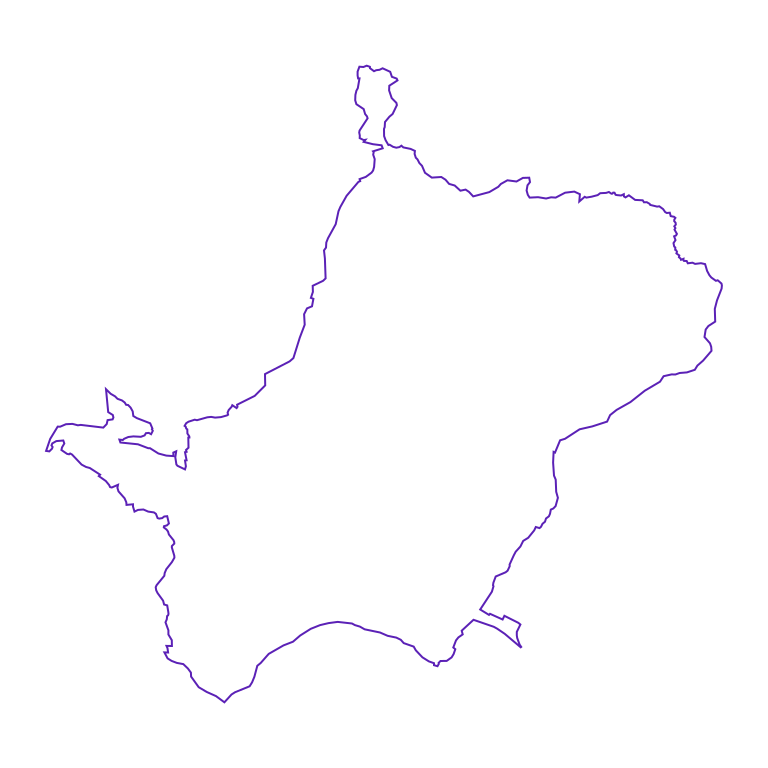 outline of Salva, Bistrita-Nasaud, Romania
{"feature_id": "2599482B98340268972842", "entity_name": "Salva", "entity_type": "district", "adm_level": 2, "iso_a3": "ROU", "parent_name": "Romania", "parent_adm1": "Bistrita-Nasaud", "projection": "equal_earth", "projection_center": [24.357, 47.327], "detail": "fine", "context": "isolated", "style": "outline", "palette": "violet", "viewbox_px": 768, "rotation_deg": 0, "n_neighbors": 0, "source": "geoboundaries", "source_scale": "gbopen_adm2", "svg_char_len": 6078}
<svg xmlns="http://www.w3.org/2000/svg" viewBox="0 0 768 768"><path d="M438.8,663.9L438.6,662.9L440.5,661.0L446.7,660.9L451.6,657.4L453.6,654.1L455.3,649.2L453.3,647.5L456.0,640.4L458.4,637.4L462.7,634.4L461.7,630.7L473.5,619.8L493.8,626.8L497.2,628.7L504.7,633.8L520.7,647.3L521.2,646.9L519.6,644.6L517.2,638.0L516.8,635.4L516.8,631.9L520.4,624.5L518.3,622.8L504.4,615.8L502.6,619.5L490.0,613.8L489.0,614.9L480.2,609.5L491.9,591.7L493.5,586.2L493.0,585.3L493.4,582.7L495.7,576.5L505.6,572.3L507.6,570.7L509.7,566.2L509.6,564.5L513.8,555.3L515.7,551.7L520.4,546.5L523.2,540.9L528.2,537.8L534.2,530.4L535.8,527.0L539.5,528.1L541.0,526.8L542.5,523.8L545.0,521.7L546.0,518.5L548.9,516.3L550.0,513.8L550.8,509.6L553.3,508.5L555.6,506.1L557.9,497.8L556.2,491.8L555.7,479.6L554.0,475.6L553.1,462.6L553.6,451.9L555.0,452.6L560.1,440.3L565.0,438.8L579.6,429.3L592.3,426.4L607.1,421.6L610.1,415.1L616.6,409.9L630.4,402.1L644.8,390.7L660.0,381.7L663.6,376.2L671.6,374.4L675.4,374.5L679.6,373.0L686.9,372.4L694.8,369.8L697.4,365.6L703.1,360.6L711.5,350.8L711.2,346.8L710.0,343.3L704.5,337.0L705.7,329.5L708.4,326.0L715.2,321.6L714.8,308.9L717.0,300.4L721.6,288.6L721.9,285.5L721.5,283.6L718.7,281.1L717.7,280.3L715.9,280.8L711.3,277.5L709.4,275.2L707.1,270.9L705.1,264.1L701.0,263.2L695.1,263.9L692.5,262.7L687.8,263.3L686.7,261.0L683.9,260.9L683.4,260.2L683.5,258.8L681.0,259.8L680.5,258.5L678.9,257.2L679.3,255.5L676.4,253.4L677.0,251.8L676.1,250.2L675.2,249.8L675.3,247.5L674.2,246.5L673.5,243.1L675.5,240.1L674.1,236.3L676.1,235.4L676.9,233.9L674.5,229.6L675.4,228.1L674.3,226.3L675.8,224.6L675.6,222.8L674.2,221.1L674.3,219.6L675.4,217.9L674.1,216.8L670.7,216.1L669.8,212.7L666.8,213.0L665.2,212.1L663.1,209.1L659.3,206.3L657.1,206.6L650.2,204.9L649.7,203.9L646.8,202.2L644.0,202.3L642.7,200.3L635.1,199.9L628.9,195.3L625.5,197.4L623.9,196.4L623.8,194.2L621.1,195.5L617.0,195.1L615.6,194.8L614.5,192.7L613.2,192.6L612.4,193.6L611.4,193.7L608.9,192.0L606.1,192.9L600.2,193.2L597.7,195.1L591.6,196.7L586.3,197.6L584.7,196.8L579.3,201.5L579.9,194.2L574.3,191.6L565.1,192.7L555.7,197.6L551.1,197.3L546.1,198.5L538.1,197.2L529.6,197.6L527.8,194.8L526.6,190.5L527.5,185.3L530.0,182.1L529.2,177.7L522.9,177.9L516.5,181.5L507.4,180.3L500.8,184.0L498.3,186.8L489.3,192.1L473.2,196.4L469.0,191.9L465.6,189.6L460.4,190.7L454.7,185.5L449.1,183.9L445.5,179.7L441.3,177.0L431.8,177.6L425.0,172.8L422.0,165.8L419.4,163.1L417.5,159.4L415.8,157.7L414.6,153.9L414.9,150.9L410.6,148.9L403.3,147.4L401.4,145.7L399.4,147.1L396.3,147.7L393.0,146.8L389.6,144.7L388.4,145.0L385.6,140.2L384.1,136.1L384.0,128.9L384.7,127.1L385.0,122.0L389.4,116.7L392.6,114.0L396.9,105.1L396.4,102.9L391.7,98.1L389.1,90.4L389.3,85.7L397.5,80.4L396.7,78.6L391.9,76.8L390.2,71.8L382.6,68.3L379.5,69.8L376.2,70.2L374.0,71.2L370.0,68.2L369.9,66.8L366.7,65.7L363.4,67.0L359.4,66.7L357.6,71.6L357.6,75.5L358.1,78.4L359.5,78.4L357.8,88.2L356.4,90.7L355.4,94.9L355.2,100.3L356.4,104.2L363.7,109.1L365.1,114.0L367.0,116.4L367.6,118.3L359.6,130.5L359.2,132.5L359.8,135.5L359.7,138.1L363.7,140.1L365.4,139.8L363.7,141.9L372.9,144.2L381.6,145.3L382.7,148.3L373.1,151.3L373.7,152.0L373.2,154.7L374.7,159.1L374.1,166.9L373.1,170.5L371.6,172.6L365.8,176.9L359.6,179.1L360.2,181.1L358.4,181.9L346.6,195.8L340.3,207.0L338.5,211.2L335.7,224.2L328.0,238.2L326.3,242.5L326.0,247.6L324.0,250.4L324.9,258.5L325.6,278.4L323.1,280.8L312.7,285.8L312.9,291.9L310.9,297.9L313.4,298.8L312.0,306.3L307.0,308.4L304.1,314.2L304.7,324.7L299.8,337.6L293.4,358.1L289.6,361.4L265.0,374.1L265.2,385.4L254.7,395.9L237.1,404.7L237.5,406.8L236.6,408.1L232.3,405.2L231.6,406.8L228.7,410.0L227.6,412.6L228.1,414.7L227.0,415.4L221.0,417.1L215.1,417.6L211.2,416.9L207.3,417.3L197.0,420.2L194.7,419.7L188.5,421.7L186.2,423.2L184.6,425.9L185.7,426.7L186.2,428.5L187.3,429.4L187.4,433.5L189.3,436.4L189.4,437.5L188.3,437.6L188.5,447.7L186.0,450.0L186.6,451.8L185.0,452.2L186.6,460.3L185.0,460.5L185.9,466.3L185.0,469.4L177.5,465.8L176.4,464.5L175.3,457.3L176.2,451.3L173.3,452.6L173.4,456.1L166.3,455.6L158.4,453.5L150.0,448.2L148.2,448.2L138.0,444.3L120.4,442.5L119.4,439.6L122.8,440.0L124.1,438.8L128.3,437.0L133.4,436.4L140.9,436.8L144.6,435.4L145.9,433.2L148.8,432.9L151.1,434.2L152.8,430.8L151.9,429.2L152.4,428.5L150.2,423.3L136.8,418.1L133.3,416.0L132.7,411.4L130.6,407.6L128.1,405.0L126.1,404.8L124.7,402.5L121.9,400.4L117.5,398.8L115.0,396.3L110.7,393.8L106.0,389.2L108.2,412.1L112.8,415.0L113.4,417.5L112.6,419.4L107.6,420.1L106.7,424.1L103.3,427.6L80.7,424.9L77.9,425.3L72.5,423.9L66.0,424.2L60.1,426.7L57.7,426.6L50.2,438.9L46.1,450.9L49.3,451.4L52.0,448.7L52.6,447.0L51.5,445.4L52.3,443.4L56.3,441.1L63.3,440.5L64.3,443.5L62.0,447.4L61.4,450.0L67.1,453.9L69.1,454.3L70.1,453.5L72.0,454.5L81.6,464.6L86.1,467.0L89.8,468.0L100.1,474.7L98.8,476.1L105.8,481.0L109.1,485.0L110.1,487.1L111.8,487.5L118.0,484.8L117.4,487.8L118.5,491.4L124.6,498.3L126.3,502.3L126.5,504.9L133.0,504.3L133.0,506.6L134.5,511.6L138.0,509.9L143.4,509.5L148.2,511.6L153.9,512.4L155.9,513.8L157.6,518.1L159.2,518.6L162.2,518.1L164.2,516.5L167.2,516.2L168.9,523.5L166.9,525.4L164.0,526.2L163.8,527.4L166.6,529.6L168.0,531.5L168.9,534.5L173.5,540.2L174.2,542.0L174.3,543.6L171.9,546.0L171.8,547.3L174.3,555.8L174.4,557.7L171.9,562.1L166.3,569.2L164.7,573.0L164.3,575.8L156.6,585.2L155.7,587.2L156.2,590.3L157.6,593.1L163.1,600.7L164.1,604.5L167.2,605.4L168.3,612.0L168.5,613.9L168.1,615.3L167.1,616.1L166.8,619.3L165.5,622.3L168.4,630.3L168.4,634.5L171.8,640.2L171.9,646.0L166.5,645.9L167.5,648.2L168.1,652.5L164.4,652.4L167.6,658.4L171.6,660.9L176.8,662.9L183.3,664.1L187.9,668.5L190.9,672.6L191.1,676.6L198.7,687.2L206.6,691.9L216.0,696.1L224.4,702.3L231.5,694.5L235.1,692.2L249.6,686.3L252.1,682.3L254.4,676.7L257.3,665.8L260.7,663.0L268.7,653.9L283.5,645.4L293.0,641.7L300.2,635.5L310.8,628.8L320.1,625.1L328.6,623.1L337.7,621.9L352.0,623.5L354.9,625.1L359.9,626.6L364.6,629.3L380.0,632.5L387.6,635.8L396.3,637.6L400.8,639.8L403.7,643.1L413.7,646.6L415.8,650.3L422.4,657.3L428.9,661.4L434.0,663.2L434.0,665.2L437.5,666.2L438.8,663.9Z" fill="none" stroke="#5b21b6" stroke-width="2"/></svg>